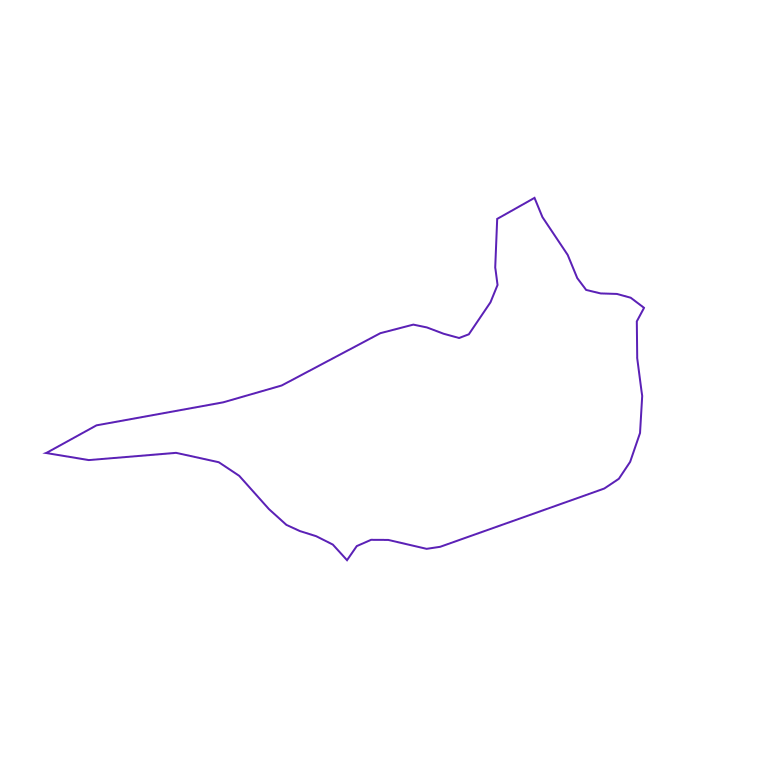 SVG path tracing the border of Iligan, rotated 122°
{"feature_id": "PHL-5530", "entity_name": "Iligan", "entity_type": "Highly Urbanized City", "adm_level": 1, "iso_a3": "PHL", "parent_name": "Philippines", "parent_adm1": "", "projection": "robinson", "projection_center": [124.411, 8.192], "detail": "fine", "context": "isolated", "style": "outline", "palette": "violet", "viewbox_px": 768, "rotation_deg": 122, "n_neighbors": 0, "source": "natural_earth", "source_scale": "10m", "svg_char_len": 802}
<svg xmlns="http://www.w3.org/2000/svg" viewBox="0 0 768 768"><g transform="rotate(122 384 384)"><path d="M146.4,355.0L158.5,338.1L177.2,296.6L191.8,276.2L197.1,262.4L192.4,248.3L184.2,234.2L180.1,220.5L181.6,203.9L182.0,203.8L196.9,202.8L227.2,183.4L227.5,183.3L252.9,162.4L257.3,158.7L289.9,140.9L319.6,134.0L339.9,134.6L355.9,141.8L390.7,169.4L492.3,250.1L501.2,260.5L514.0,297.8L523.0,312.4L535.9,321.2L553.0,322.0L547.3,342.3L549.0,360.8L553.3,377.4L555.2,392.1L551.1,415.2L538.6,458.1L537.9,482.7L552.6,523.9L605.0,594.1L621.6,634.0L621.2,633.7L571.4,605.9L484.8,510.7L439.5,470.0L342.8,414.0L318.1,390.6L313.3,377.6L309.8,360.1L305.2,344.7L296.9,338.4L258.3,337.0L239.8,340.2L239.6,340.4L227.8,350.1L226.3,351.4L184.0,375.5L146.4,355.0Z" fill="none" stroke="#5b21b6" stroke-width="2"/></g></svg>